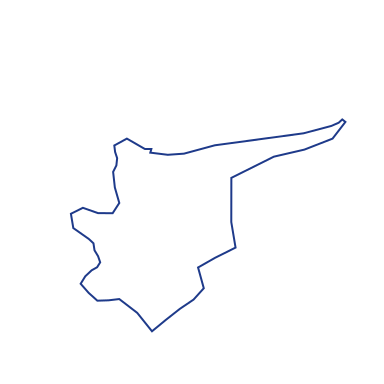 an SVG outline of Biləsuvar, rotated 123°
{"feature_id": "AZE-1698", "entity_name": "Biləsuvar", "entity_type": "District", "adm_level": 1, "iso_a3": "AZE", "parent_name": "Azerbaijan", "parent_adm1": "", "projection": "natural_earth1", "projection_center": [48.455, 39.509], "detail": "fine", "context": "isolated", "style": "outline", "palette": "blue", "viewbox_px": 384, "rotation_deg": 123, "n_neighbors": 0, "source": "natural_earth", "source_scale": "10m", "svg_char_len": 794}
<svg xmlns="http://www.w3.org/2000/svg" viewBox="0 0 384 384"><g transform="rotate(123 192 192)"><path d="M178.1,249.5L181.7,248.4L174.0,232.6L164.2,219.6L140.4,198.3L82.0,130.4L60.8,111.2L54.0,106.7L49.3,105.5L49.3,105.4L49.7,101.5L70.7,103.2L95.2,120.8L117.8,142.6L158.7,166.7L195.8,142.7L214.9,125.2L234.6,136.8L252.0,145.8L266.3,129.7L281.4,132.1L296.5,138.5L313.5,144.3L330.6,149.7L323.2,172.1L321.4,194.7L328.3,203.0L334.7,212.2L332.9,223.7L329.6,235.4L320.8,235.6L312.3,233.5L306.8,230.6L301.0,230.7L297.0,235.8L294.0,242.0L288.7,246.7L287.6,252.9L286.9,271.9L276.2,281.7L264.7,274.9L260.9,259.3L253.0,247.0L240.8,247.0L230.2,259.2L218.1,269.1L210.9,269.9L204.4,273.2L200.3,278.3L195.3,282.5L182.7,275.7L181.6,255.0L178.1,249.5Z" fill="none" stroke="#1e3a8a" stroke-width="2"/></g></svg>